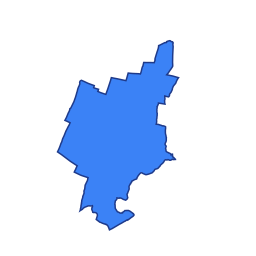 Tanacu, Vaslui, Romania, rotated 226°
{"feature_id": "2599482B56716933323538", "entity_name": "Tanacu", "entity_type": "district", "adm_level": 2, "iso_a3": "ROU", "parent_name": "Romania", "parent_adm1": "Vaslui", "projection": "mercator", "projection_center": [27.831, 46.668], "detail": "fine", "context": "isolated", "style": "filled", "palette": "blue", "viewbox_px": 256, "rotation_deg": 226, "n_neighbors": 0, "source": "geoboundaries", "source_scale": "gbopen_adm2", "svg_char_len": 5615}
<svg xmlns="http://www.w3.org/2000/svg" viewBox="0 0 256 256"><g transform="rotate(226 128 128)"><path d="M188.7,130.0L190.5,129.3L191.6,128.9L194.7,127.6L194.9,126.8L195.0,126.4L194.9,125.8L194.6,125.3L194.4,124.9L193.2,124.0L192.3,122.1L191.9,120.9L190.8,118.7L189.6,116.9L189.0,115.7L187.9,113.9L186.3,111.0L185.7,109.7L184.6,107.6L183.2,103.8L182.1,100.7L182.1,100.3L182.3,99.7L181.7,98.9L180.9,97.4L180.3,95.5L178.3,90.9L177.3,87.9L175.7,88.6L172.0,90.0L171.0,87.6L170.5,85.8L169.8,83.9L168.9,81.2L166.9,76.8L165.6,73.4L165.3,72.9L164.0,70.6L163.4,68.9L162.4,67.0L161.2,64.4L160.3,62.1L159.8,60.7L155.0,61.7L144.1,63.4L136.1,65.2L136.0,64.8L135.9,64.5L135.3,63.1L134.8,61.9L134.6,61.5L134.3,60.5L133.9,59.4L133.6,58.7L127.2,61.1L125.5,61.9L122.1,63.7L120.0,64.8L119.8,64.5L119.6,64.0L118.6,62.7L118.0,61.3L117.9,60.8L117.1,58.8L116.9,58.1L116.6,57.4L114.6,55.0L114.0,54.2L113.7,53.3L113.3,52.6L112.8,52.1L111.7,51.2L111.5,50.9L111.3,50.3L110.8,49.4L110.4,48.6L110.4,48.2L109.6,47.3L109.1,46.5L108.4,45.1L107.9,44.3L106.9,43.2L106.3,42.2L106.0,42.2L105.7,41.8L105.5,41.3L105.0,40.5L104.7,40.2L104.2,39.6L103.6,38.9L103.0,37.8L102.1,36.7L101.8,36.1L101.7,36.7L101.5,37.3L101.5,37.9L101.2,38.5L101.2,39.0L101.3,39.5L101.4,40.0L101.2,41.0L101.0,42.0L100.3,43.6L99.7,45.1L99.2,45.8L98.5,46.4L97.1,47.8L96.9,48.0L96.8,48.4L96.6,48.3L96.2,47.9L95.8,47.3L95.8,46.8L95.3,46.3L95.0,45.7L94.2,45.2L93.7,45.0L92.6,44.6L91.8,44.1L91.1,44.5L90.8,44.8L90.3,45.5L88.9,46.2L88.4,46.2L87.3,46.0L86.2,45.1L84.3,41.6L83.1,41.8L79.8,42.3L79.5,42.5L78.8,42.9L77.3,43.4L76.4,43.9L75.6,44.2L75.3,44.4L75.1,44.8L74.5,44.8L74.2,44.9L73.6,45.5L73.3,45.6L72.8,45.4L72.6,45.5L71.5,45.5L69.6,44.8L67.6,43.9L67.0,45.8L66.7,46.6L66.6,47.0L64.9,54.2L64.7,55.1L64.6,55.3L63.9,57.8L63.4,60.1L63.1,60.9L63.0,61.4L62.9,61.5L62.9,62.0L62.4,63.8L61.9,63.8L61.8,64.8L61.6,65.9L61.5,67.2L61.3,68.7L61.2,69.0L61.1,69.8L61.0,70.7L61.1,71.3L61.1,71.6L61.3,71.9L61.5,72.1L62.0,72.2L63.0,72.1L63.0,72.3L66.5,71.7L67.2,71.5L68.4,71.0L70.8,68.4L70.7,67.7L71.0,65.8L71.2,65.3L70.8,65.0L71.7,63.8L72.1,63.4L72.7,63.1L73.8,62.9L75.1,62.2L77.6,62.7L78.8,62.9L79.9,63.7L81.8,65.4L82.3,65.5L82.4,65.8L83.1,66.5L83.5,67.2L83.9,67.7L84.3,68.0L84.4,68.9L84.4,70.0L84.5,70.3L84.8,70.9L85.4,71.5L84.0,72.5L83.6,72.9L83.6,73.3L83.1,73.7L83.0,73.8L82.7,74.1L81.3,74.7L80.0,75.0L77.9,76.1L77.7,76.2L77.6,76.7L77.6,77.4L77.5,78.0L78.0,79.4L78.5,79.6L80.9,81.2L81.1,81.3L81.3,82.3L82.0,83.6L83.2,86.3L84.1,87.2L85.0,87.8L85.3,88.3L85.5,88.7L86.3,91.1L86.1,91.2L86.8,93.1L86.9,93.3L86.7,93.4L86.8,93.7L87.1,93.9L87.1,94.0L86.9,94.6L86.6,95.4L86.4,96.4L86.3,96.9L85.5,98.4L85.4,98.8L85.4,99.1L85.5,99.3L85.9,99.8L86.0,100.0L86.6,102.1L86.6,102.3L86.7,102.8L86.9,104.7L86.9,105.3L86.9,105.9L86.4,106.6L86.2,106.8L85.9,106.9L84.4,107.3L83.7,107.7L82.6,108.1L81.9,108.5L81.2,109.6L80.8,110.3L80.0,111.9L79.7,112.7L79.0,114.2L79.0,114.8L79.0,115.4L79.0,115.7L79.1,117.2L79.2,117.5L79.5,118.2L79.5,118.7L79.2,119.4L78.6,120.4L78.2,121.5L78.2,121.8L78.2,122.1L78.3,122.7L78.3,123.8L78.4,124.8L78.7,125.5L78.7,125.8L78.7,126.5L78.6,128.3L78.6,129.1L78.7,129.8L78.9,130.6L79.1,131.1L79.2,131.9L79.2,132.6L79.1,132.9L78.8,133.3L78.0,133.7L77.9,133.9L77.6,134.4L77.6,134.7L77.4,134.9L76.8,135.2L76.2,135.4L75.6,135.8L75.2,136.3L74.9,137.2L74.8,137.5L74.9,137.9L74.8,138.1L73.7,138.8L73.2,139.3L73.0,139.7L72.4,140.3L72.5,140.4L73.6,140.3L75.3,140.4L76.3,140.1L76.5,140.1L76.7,140.5L78.3,141.8L78.6,141.5L78.7,140.3L79.5,140.7L80.4,140.6L81.1,140.4L81.5,140.1L82.6,139.8L83.1,139.5L84.2,139.3L84.4,139.2L85.0,139.4L86.5,140.5L87.2,140.8L88.3,142.7L88.4,142.8L88.6,142.9L89.6,143.0L90.3,143.2L90.7,143.5L91.1,144.1L91.3,144.4L91.4,145.0L91.6,145.3L91.9,146.1L92.8,147.3L93.8,148.1L94.2,148.8L94.9,149.1L96.3,150.1L97.4,150.7L98.4,151.4L100.4,153.3L101.6,154.8L102.8,155.9L103.3,155.8L104.8,155.1L105.0,154.8L105.3,154.6L105.7,154.2L107.0,153.7L107.3,153.5L109.1,152.5L109.7,152.2L111.1,150.9L112.5,152.9L114.3,154.5L114.7,155.0L114.9,155.5L115.3,155.9L116.2,156.9L116.7,157.6L117.7,158.6L118.0,159.0L119.5,159.9L120.3,160.8L121.2,161.5L122.3,163.0L122.7,163.4L123.2,163.8L123.3,163.9L123.3,164.5L123.8,165.5L124.4,167.1L124.7,167.3L119.5,171.2L120.8,172.0L121.4,172.6L122.3,173.3L122.7,174.0L123.0,174.5L123.6,175.1L124.6,175.8L125.5,176.7L125.1,177.0L124.3,177.3L124.1,177.5L123.3,178.0L122.2,178.8L122.2,179.4L122.4,180.1L122.6,180.4L122.8,180.7L123.3,181.2L123.5,181.6L123.6,182.2L123.8,183.8L124.9,186.6L125.7,187.6L126.4,189.2L126.7,190.1L127.0,193.1L127.1,193.5L128.0,195.4L128.4,196.5L128.9,198.2L129.1,199.3L134.3,196.3L139.4,192.8L139.6,195.1L140.3,198.1L140.5,199.6L141.2,202.7L141.3,202.9L141.9,203.6L144.3,205.7L149.3,210.7L155.2,217.0L155.6,217.3L157.5,218.8L157.6,219.1L157.7,219.5L158.0,219.7L158.6,219.7L158.9,219.9L159.1,219.9L159.8,219.3L160.5,219.1L161.4,219.0L161.7,218.8L161.9,218.6L162.1,218.1L162.5,217.6L162.9,216.8L163.3,215.8L162.8,215.3L162.8,215.0L163.2,214.5L163.4,214.2L163.8,213.8L164.0,213.4L164.2,212.6L164.8,210.8L165.4,208.8L166.0,207.3L165.8,207.0L165.5,206.9L165.1,206.2L164.7,205.7L164.3,205.1L163.2,203.1L162.6,201.9L159.9,197.0L159.1,195.6L158.5,194.9L158.3,194.8L158.1,194.8L156.8,192.2L159.3,189.8L164.2,184.8L162.7,182.5L162.2,181.7L162.0,180.9L161.7,180.3L161.3,179.6L159.3,176.5L158.6,175.2L158.3,174.4L158.7,174.1L159.6,173.4L163.9,169.3L165.5,167.9L167.4,166.3L164.4,161.2L163.5,159.4L171.4,154.1L173.2,152.8L175.8,151.0L174.2,148.3L170.2,140.7L167.6,135.4L172.6,132.8L175.3,131.7L175.8,132.8L176.3,133.7L179.7,131.8L180.9,131.3L181.9,133.2L186.6,130.9L188.6,130.0L188.7,130.0Z" fill="#3b82f6" stroke="#1e3a8a" stroke-width="1.5"/></g></svg>